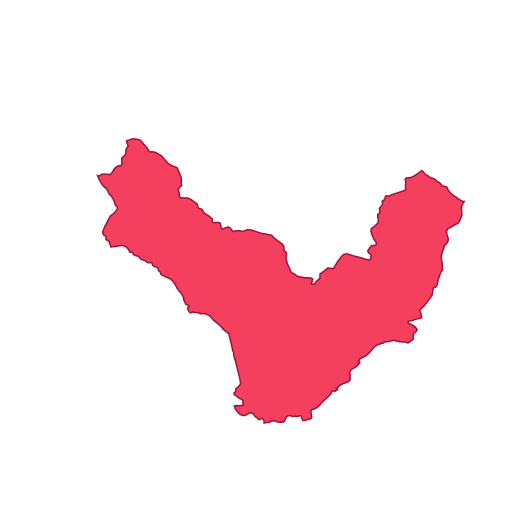 outline of Obreja, Caras-Severin, Romania, rotated 296°
{"feature_id": "2599482B72283676836443", "entity_name": "Obreja", "entity_type": "district", "adm_level": 2, "iso_a3": "ROU", "parent_name": "Romania", "parent_adm1": "Caras-Severin", "projection": "mercator", "projection_center": [22.258, 45.515], "detail": "fine", "context": "isolated", "style": "filled", "palette": "rose", "viewbox_px": 512, "rotation_deg": 296, "n_neighbors": 0, "source": "geoboundaries", "source_scale": "gbopen_adm2", "svg_char_len": 6130}
<svg xmlns="http://www.w3.org/2000/svg" viewBox="0 0 512 512"><g transform="rotate(296 256 256)"><path d="M396.3,419.3L395.7,417.6L395.9,413.4L396.6,410.3L396.9,407.2L397.9,403.5L399.4,399.9L401.5,397.6L401.6,396.4L401.1,394.9L400.9,393.3L401.1,391.8L402.3,389.1L402.5,385.9L403.5,382.9L403.3,380.4L402.9,377.9L403.4,375.9L403.6,372.4L404.0,371.2L404.8,370.1L405.5,367.5L401.0,365.3L396.7,362.7L394.3,360.6L392.2,357.2L391.4,356.4L390.1,356.5L388.4,358.1L386.2,359.1L384.6,359.4L381.4,361.5L379.4,360.1L377.9,358.7L370.3,350.9L368.6,349.8L367.9,348.7L367.0,346.3L365.9,346.2L364.5,346.7L363.1,346.8L360.4,345.3L359.2,346.4L357.7,347.2L352.9,346.0L349.4,348.3L348.0,347.9L346.8,347.2L344.8,348.1L341.2,350.6L339.0,351.0L335.5,349.9L332.4,348.2L330.5,347.7L328.5,348.5L325.4,351.5L322.6,354.8L321.0,357.9L319.8,358.8L318.7,359.0L317.1,357.4L316.2,355.4L312.9,354.6L309.5,354.2L308.3,355.6L307.6,358.2L306.7,359.5L305.3,359.7L304.0,360.3L302.4,359.9L301.6,358.5L300.4,350.9L298.8,343.3L298.0,337.2L296.0,334.2L293.5,333.2L286.3,331.8L280.2,331.3L278.7,330.9L277.8,329.4L276.8,325.9L272.2,323.8L267.8,321.4L264.1,323.2L260.0,321.5L256.2,320.7L254.9,318.4L257.5,317.5L260.2,317.1L260.3,314.9L258.1,310.0L255.8,302.2L256.6,299.1L256.6,296.5L257.2,294.0L259.3,291.9L262.0,288.4L264.5,285.9L268.0,283.4L270.4,283.0L272.4,281.9L273.0,279.5L274.5,278.0L277.1,276.6L278.2,274.3L280.1,264.4L281.5,260.9L280.3,256.1L278.8,251.5L277.3,240.7L276.3,237.2L272.2,233.3L271.7,230.6L270.5,228.1L269.5,226.4L268.1,225.1L268.5,223.1L269.9,220.4L269.8,218.1L265.5,214.1L266.0,212.3L268.0,211.0L269.9,209.5L269.6,207.4L267.2,203.1L267.4,201.9L270.0,200.5L270.2,200.1L271.2,196.8L271.9,190.4L273.2,188.9L274.3,186.3L273.8,184.6L274.1,182.7L277.0,180.4L278.3,173.1L278.3,169.5L275.5,163.3L275.9,161.1L279.0,159.3L281.7,156.8L284.3,157.4L286.8,158.3L289.1,156.6L291.6,155.6L294.4,153.8L300.7,146.6L300.4,141.8L300.5,137.1L302.4,132.1L304.6,127.3L305.1,120.6L304.4,117.5L302.9,114.7L305.2,111.0L307.2,106.2L309.4,101.6L308.7,97.3L306.9,93.1L305.4,92.2L303.4,89.5L302.1,89.4L300.4,91.1L298.9,93.0L295.9,92.4L293.6,92.7L292.2,93.7L289.1,94.0L285.6,92.4L284.4,92.7L281.3,94.4L278.0,95.3L276.6,92.5L272.6,90.4L268.1,90.1L265.2,89.3L264.1,85.9L261.9,81.5L259.2,80.0L258.9,78.3L256.3,81.2L252.6,86.6L251.5,89.3L251.0,91.9L250.5,93.0L247.6,96.5L246.2,100.1L245.3,101.6L242.7,105.0L240.5,106.7L239.9,107.7L239.5,109.3L238.6,110.3L237.4,110.7L234.6,110.3L231.4,109.4L228.7,107.8L227.3,107.5L217.4,107.3L216.0,107.0L214.0,107.4L211.5,107.4L210.4,107.7L209.1,108.5L208.1,110.0L207.9,112.0L207.4,112.7L205.2,113.8L205.0,114.1L204.7,117.1L204.1,118.2L200.5,121.7L201.7,123.3L203.2,126.0L206.0,129.6L206.8,131.0L207.2,132.8L207.2,135.1L206.2,138.1L204.1,141.1L205.1,143.3L204.7,144.0L203.8,145.0L203.5,146.2L203.6,148.3L204.2,150.0L204.1,151.1L202.9,153.0L202.8,154.0L203.1,157.9L202.6,161.5L202.9,162.8L204.2,164.5L204.2,165.2L202.4,167.3L201.8,169.0L202.2,170.0L202.2,172.3L202.0,173.4L200.1,174.8L199.5,177.0L197.8,178.7L197.6,180.1L197.9,182.2L197.5,183.2L197.8,185.1L197.8,189.2L197.3,191.3L196.3,193.6L193.2,198.5L192.5,198.9L192.1,200.2L190.4,202.9L190.1,204.4L187.9,207.9L186.6,209.2L184.8,210.4L182.2,213.6L181.9,214.2L181.9,216.4L181.6,217.1L181.4,218.1L179.7,217.3L178.7,217.7L177.2,219.5L176.4,220.9L176.1,221.7L176.2,222.2L178.0,223.6L178.0,225.0L178.5,225.7L179.9,229.7L179.6,231.4L180.8,233.0L181.8,235.6L182.0,238.7L181.8,241.0L179.8,245.6L178.4,251.7L177.2,255.8L176.5,257.1L176.7,257.6L176.3,258.1L175.8,258.2L175.7,259.5L175.1,260.8L175.2,261.6L174.9,263.4L174.6,264.2L174.3,264.6L174.5,265.7L173.8,266.4L172.8,266.7L169.1,269.9L162.9,274.9L160.1,277.2L159.8,278.0L156.9,279.6L153.7,282.5L153.9,282.6L149.9,285.8L139.5,294.6L135.1,297.8L133.2,298.1L132.5,297.9L130.1,297.3L129.2,296.9L129.0,296.5L127.6,296.0L127.3,296.4L125.7,297.1L124.4,296.8L123.3,296.2L121.7,297.6L121.7,298.8L120.8,303.5L120.8,305.5L120.5,307.7L119.1,308.0L118.6,308.9L116.8,309.3L116.4,310.0L115.1,308.6L114.7,307.2L113.9,306.2L113.0,303.9L112.6,304.0L112.0,302.5L111.8,302.2L110.9,303.3L109.7,304.1L107.6,308.2L106.5,311.3L107.2,314.9L107.8,315.9L109.3,317.3L110.1,317.6L112.2,319.0L112.9,320.8L112.8,322.8L112.6,323.5L111.5,325.2L111.1,326.6L111.2,328.2L110.5,328.7L110.2,330.2L110.4,330.7L111.8,331.8L112.8,332.9L111.5,335.5L109.4,336.5L111.2,338.9L112.4,341.0L114.0,341.9L116.1,344.8L116.1,346.8L116.4,348.2L117.2,350.8L118.7,353.4L119.3,353.8L120.7,354.0L124.4,353.8L125.9,354.5L127.1,355.8L127.8,357.7L127.6,358.7L127.8,359.2L128.2,359.7L129.1,361.4L129.3,362.3L130.6,364.3L132.0,366.1L131.9,367.0L129.1,369.4L128.7,370.6L128.8,371.0L129.3,371.8L133.0,375.4L133.5,376.5L135.3,376.9L140.6,373.3L142.3,373.3L144.2,375.6L146.9,377.5L150.2,378.8L152.2,379.1L160.8,382.4L164.7,383.7L166.1,383.8L166.6,383.4L167.9,383.4L168.7,384.9L168.7,385.5L169.2,386.0L169.2,386.6L170.9,387.1L171.5,387.8L171.8,387.2L171.8,386.6L172.0,386.4L172.3,386.9L174.9,387.5L175.0,387.3L176.5,388.0L178.8,389.8L179.6,390.1L179.9,390.8L182.3,392.8L183.1,393.8L185.1,394.8L186.9,394.6L188.8,393.3L190.5,392.7L192.0,391.3L194.0,391.1L195.1,391.2L196.7,392.0L199.9,394.3L202.0,395.3L203.5,395.0L203.4,395.4L203.8,395.7L205.7,396.1L206.4,394.3L209.4,394.6L214.7,398.7L218.8,400.3L225.9,402.1L230.2,404.6L230.2,405.0L232.5,407.2L233.2,408.4L233.8,408.4L235.2,409.3L236.8,412.1L240.4,416.4L241.2,418.7L241.1,419.3L241.2,420.0L242.1,421.7L241.7,422.2L241.9,422.7L244.1,428.0L244.4,429.0L244.3,430.6L249.1,433.4L250.1,433.7L251.6,433.3L253.8,432.0L255.4,431.8L258.7,433.2L260.3,432.8L260.6,433.0L261.8,430.6L261.6,430.0L262.0,429.9L262.5,428.0L262.5,424.6L262.0,422.6L264.1,421.4L266.9,425.3L268.1,426.1L273.2,432.0L276.5,429.6L279.1,426.9L285.9,429.3L293.7,430.8L298.2,431.4L303.5,429.7L305.2,429.6L306.9,431.1L308.1,431.5L310.9,431.1L313.7,430.3L320.6,429.4L323.2,429.3L325.0,429.7L330.6,426.9L335.1,423.6L337.8,422.3L348.1,420.9L352.1,422.1L354.0,422.0L356.3,421.0L358.0,419.0L360.1,417.4L361.9,416.4L362.5,416.3L364.8,416.4L366.9,418.3L371.7,421.3L372.9,422.4L374.3,423.2L375.5,423.5L378.1,423.6L383.4,423.0L389.6,419.2L393.0,418.9L396.3,419.3Z" fill="#f43f5e" stroke="#9f1239" stroke-width="1.5"/></g></svg>